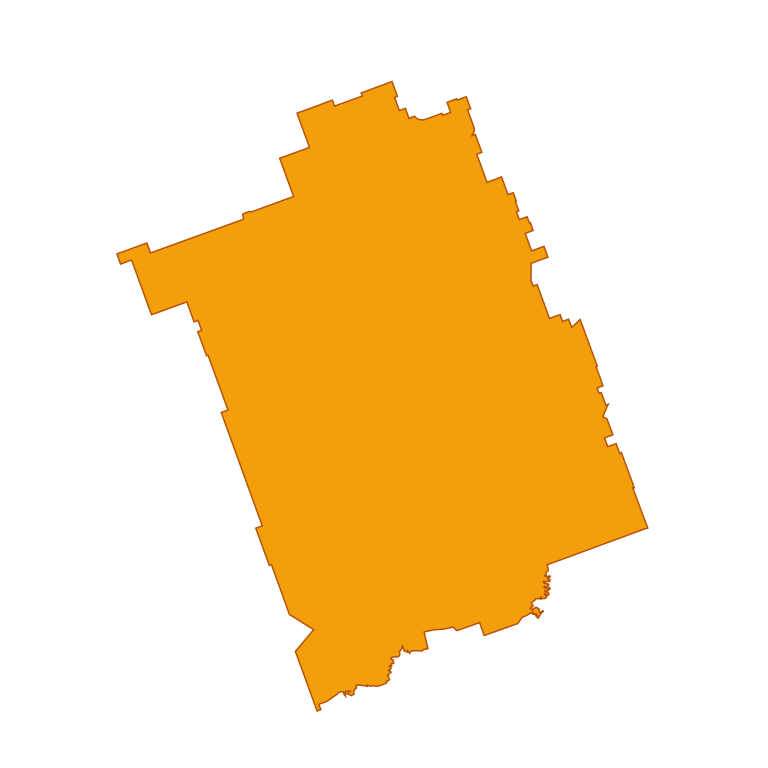 outline of Wyalkatchem, Western Australia, Australia, rotated 160°
{"feature_id": "25037944B8068903410129", "entity_name": "Wyalkatchem", "entity_type": "district", "adm_level": 2, "iso_a3": "AUS", "parent_name": "Australia", "parent_adm1": "Western Australia", "projection": "orthographic", "projection_center": [117.394, -31.195], "detail": "fine", "context": "isolated", "style": "filled", "palette": "amber", "viewbox_px": 768, "rotation_deg": 160, "n_neighbors": 0, "source": "geoboundaries", "source_scale": "gbopen_adm2", "svg_char_len": 6097}
<svg xmlns="http://www.w3.org/2000/svg" viewBox="0 0 768 768"><g transform="rotate(160 384 384)"><path d="M305.9,662.0L335.4,662.1L335.4,668.4L346.7,668.4L348.4,668.2L373.1,668.3L373.1,631.8L404.8,631.8L404.8,591.0L412.5,591.1L448.7,591.1L449.8,591.3L451.5,592.1L452.0,592.2L457.7,592.2L458.5,591.9L459.1,591.2L459.2,590.7L459.2,588.3L459.4,587.8L459.8,587.3L460.1,587.1L460.7,586.9L461.2,586.9L558.6,587.0L558.6,597.6L590.5,597.6L590.5,586.8L579.7,586.8L579.0,586.7L578.8,586.0L578.8,528.6L541.2,528.6L541.2,507.3L537.0,507.3L537.0,496.8L541.1,496.8L541.1,471.2L539.5,471.2L539.5,412.9L546.7,412.9L546.9,292.4L553.8,292.4L553.8,252.8L551.5,252.8L551.7,199.8L534.1,177.2L558.7,163.0L558.7,102.3L558.7,99.6L554.7,99.6L554.8,105.3L546.4,105.3L533.7,108.7L532.4,109.5L530.0,109.7L527.5,108.6L527.7,105.6L527.0,104.0L526.8,105.7L526.3,106.1L525.8,105.6L524.9,105.9L526.0,107.7L525.5,108.2L522.9,108.0L520.7,106.8L521.1,106.5L522.5,106.8L523.8,105.7L524.0,105.1L522.0,103.0L521.1,102.4L519.4,102.7L519.1,102.9L518.5,102.6L517.3,105.6L516.0,106.9L513.6,107.9L513.5,108.8L514.1,109.6L513.5,110.1L512.1,110.3L511.0,109.6L509.9,109.7L507.1,107.7L505.0,107.1L503.5,105.7L502.9,105.7L502.7,106.9L499.9,104.4L498.6,104.7L494.9,102.7L491.9,101.9L484.4,102.1L483.8,102.3L483.6,103.5L483.1,104.0L481.3,103.6L479.8,104.3L480.1,107.8L480.6,108.5L480.2,109.0L479.2,108.9L479.3,109.8L478.3,110.0L477.9,110.2L477.3,110.1L476.7,110.5L476.0,110.6L476.0,111.4L477.8,113.1L477.4,113.8L475.6,113.5L474.8,114.1L474.7,115.0L475.7,117.2L475.0,117.3L473.5,116.1L473.1,116.5L473.3,118.1L472.7,118.7L471.4,118.2L470.3,118.2L470.1,118.6L470.3,120.2L469.7,121.7L471.0,122.3L471.7,123.7L471.1,124.2L468.3,124.4L464.9,122.8L462.7,123.3L461.3,125.1L461.2,127.1L458.2,128.8L455.8,132.1L456.3,129.2L456.0,127.8L456.5,126.4L453.9,124.1L453.5,124.4L453.1,125.3L452.0,122.1L451.0,123.2L449.9,123.6L447.6,123.3L444.0,122.0L439.6,120.1L437.7,121.0L435.1,120.5L434.9,120.7L434.4,120.3L433.7,120.8L433.2,120.5L431.8,132.3L431.0,137.3L421.5,136.0L411.9,133.3L402.2,131.9L400.5,128.3L399.8,127.3L375.8,127.1L375.9,113.4L340.3,113.2L339.7,113.7L338.3,114.2L338.1,114.4L337.6,114.8L336.7,115.7L333.8,117.5L333.4,117.6L329.1,117.7L325.3,118.5L323.3,118.0L323.1,118.1L322.7,118.8L322.4,119.0L322.2,118.9L322.0,118.7L321.9,118.4L322.0,118.0L322.7,117.2L322.8,116.9L322.6,116.4L322.0,116.4L321.7,116.1L321.3,116.4L321.0,116.4L321.0,115.9L320.8,115.7L320.5,115.7L320.2,116.0L319.9,116.1L319.6,116.0L319.3,115.6L319.2,115.3L319.2,114.8L319.1,114.3L319.1,114.2L319.7,114.1L320.4,114.3L320.6,114.2L320.5,113.7L319.9,113.3L319.8,113.1L319.7,112.9L319.9,112.3L319.8,111.7L319.4,111.4L319.0,111.4L318.5,111.6L317.9,112.4L316.3,113.6L315.0,114.7L314.2,115.1L312.7,115.5L312.3,115.7L312.0,116.3L312.0,116.5L312.6,116.8L313.4,116.2L314.3,116.3L314.6,116.1L315.3,115.5L315.6,115.6L315.9,115.9L315.9,117.5L315.3,119.1L315.3,119.7L315.6,120.2L316.4,120.6L316.8,121.6L317.0,121.8L317.3,122.1L318.0,122.2L319.5,121.8L320.2,121.9L320.5,121.7L320.6,121.3L320.8,121.1L321.4,120.9L321.6,121.1L321.8,121.7L322.1,122.0L322.5,122.3L323.1,122.4L323.4,122.7L323.4,122.9L323.3,123.2L323.1,123.4L322.6,123.6L321.5,123.7L319.7,124.6L319.6,125.0L319.7,125.5L320.5,127.0L320.4,127.7L320.2,128.0L319.3,128.5L318.3,128.6L315.9,129.4L315.7,129.5L315.3,130.3L314.9,130.4L314.5,130.4L314.0,130.2L312.7,129.4L311.7,129.2L310.6,129.4L310.3,129.6L309.8,130.2L309.5,130.3L309.3,130.3L309.2,130.1L309.2,129.9L309.4,129.3L310.2,128.7L310.3,128.5L310.3,128.3L310.1,128.2L309.7,128.1L309.1,128.2L308.3,128.1L307.2,127.8L306.6,127.5L305.8,127.4L305.1,127.6L304.4,127.9L303.9,128.3L303.8,128.6L304.2,129.6L305.0,130.8L305.1,131.6L305.1,131.8L304.9,132.0L304.3,132.1L304.0,131.9L303.9,131.8L304.0,131.6L304.3,130.9L304.2,130.6L304.0,130.4L303.4,130.4L303.1,129.7L302.8,129.4L302.2,129.4L301.9,129.5L300.9,130.1L300.8,130.3L300.7,130.8L301.0,131.6L302.5,133.0L303.4,133.5L303.7,134.1L303.6,134.7L303.4,134.8L303.2,134.7L302.6,134.4L302.0,133.8L301.5,133.6L301.1,133.6L300.0,133.8L299.6,134.2L298.2,134.5L297.9,134.9L297.8,135.4L298.2,136.2L298.6,136.3L299.0,136.2L299.8,135.5L300.2,135.4L300.4,135.6L300.7,136.5L301.0,136.8L302.0,136.9L302.7,137.3L303.0,137.9L303.1,138.4L302.8,138.8L302.4,138.9L302.0,138.8L301.4,138.3L300.9,138.0L299.8,137.8L298.9,138.0L298.6,138.2L297.8,139.0L297.7,139.3L297.9,139.6L298.5,140.1L300.9,141.4L301.2,141.8L301.5,142.0L301.8,142.5L301.9,143.0L301.9,143.4L301.5,144.1L301.3,144.2L301.0,143.9L301.0,143.4L300.9,143.3L300.5,143.2L299.8,142.7L299.1,142.5L297.8,142.8L297.3,142.8L297.0,142.6L296.7,141.9L296.4,141.7L296.2,141.7L295.8,142.0L295.2,142.5L295.0,143.1L295.0,143.5L295.4,143.8L296.6,144.5L296.8,145.0L296.7,145.1L296.5,145.4L296.1,145.6L294.2,145.8L293.6,146.2L293.7,146.6L294.1,147.1L294.9,147.2L295.4,147.0L295.9,146.6L296.4,146.5L296.6,146.6L296.7,147.0L296.7,147.4L296.7,147.6L296.9,147.7L297.6,147.8L298.0,148.0L298.3,148.5L298.4,149.1L298.2,149.3L297.3,148.8L297.0,148.7L296.9,149.9L296.4,151.2L293.3,152.7L292.5,158.3L189.1,158.7L185.4,158.4L185.8,201.4L184.3,200.8L184.4,238.5L186.3,238.2L186.3,248.6L195.2,248.6L195.2,257.9L186.3,258.0L186.4,275.2L189.6,278.3L187.5,280.5L186.6,281.7L184.6,283.7L181.9,286.7L180.2,288.1L182.7,288.1L182.8,301.7L185.1,301.7L185.1,307.4L178.8,307.4L178.8,327.6L177.5,327.6L177.6,377.5L188.3,372.9L188.3,381.7L194.8,381.7L194.8,389.0L206.1,389.0L206.1,425.1L210.4,425.1L210.5,431.2L204.4,447.1L186.6,447.1L186.6,458.6L192.6,458.6L199.8,458.6L199.8,477.2L191.4,477.3L191.3,485.7L192.3,485.7L192.3,492.2L200.6,492.2L200.6,500.6L198.1,500.6L198.1,510.7L197.1,510.7L197.1,519.6L202.7,519.6L202.7,538.4L218.2,538.3L218.2,568.2L212.8,568.2L212.9,587.4L216.2,587.4L214.0,589.5L212.9,590.7L212.4,591.6L211.8,593.2L211.7,593.9L211.7,603.0L211.7,611.0L211.8,613.0L208.4,613.0L208.4,625.8L218.2,625.7L218.3,627.2L228.4,627.1L228.5,616.4L237.0,616.5L237.0,618.5L247.5,618.5L255.6,618.6L256.9,618.7L260.6,620.6L261.0,620.8L262.2,622.2L262.8,623.1L263.3,624.4L263.8,625.2L269.7,625.1L269.6,635.7L276.1,635.7L276.0,649.7L273.0,649.7L273.0,665.5L305.9,665.3L305.9,662.0Z" fill="#f59e0b" stroke="#b45309" stroke-width="1.5"/></g></svg>